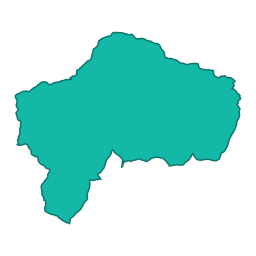 outline of Pisba, Boyacá, Colombia
{"feature_id": "7082276B47787329077767", "entity_name": "Pisba", "entity_type": "district", "adm_level": 2, "iso_a3": "COL", "parent_name": "Colombia", "parent_adm1": "Boyacá", "projection": "orthographic", "projection_center": [-72.451, 5.73], "detail": "fine", "context": "isolated", "style": "filled", "palette": "teal", "viewbox_px": 256, "rotation_deg": 0, "n_neighbors": 0, "source": "geoboundaries", "source_scale": "gbopen_adm2", "svg_char_len": 5677}
<svg xmlns="http://www.w3.org/2000/svg" viewBox="0 0 256 256"><path d="M69.5,223.5L70.3,219.1L70.8,218.1L74.1,215.8L75.1,213.8L78.4,211.4L80.7,209.3L84.3,202.6L86.9,199.9L87.2,198.5L87.3,197.2L87.1,194.3L89.7,186.7L89.8,184.9L89.6,180.0L90.0,179.7L90.7,179.8L91.6,180.3L92.5,180.0L93.4,180.6L94.7,180.2L96.0,179.6L96.5,179.7L97.0,179.4L98.7,179.6L99.1,179.3L99.2,179.0L99.6,178.8L100.7,179.1L100.4,178.4L99.6,177.6L99.2,176.7L97.9,175.4L97.6,174.7L97.7,174.4L98.1,173.8L98.8,173.5L100.6,172.3L101.8,170.9L102.7,169.3L104.0,168.0L104.6,165.9L105.2,164.6L105.4,162.8L105.6,162.4L106.2,161.8L106.4,160.3L106.8,159.4L107.8,158.3L108.3,158.1L109.0,156.8L110.1,155.7L110.5,154.5L111.2,153.8L111.4,151.4L111.7,150.9L112.4,150.2L112.6,149.8L114.0,151.4L114.1,152.1L114.9,152.6L115.6,153.3L119.0,155.7L122.2,159.0L123.0,160.1L123.0,160.3L122.4,161.1L122.5,161.6L122.3,162.1L122.6,162.8L122.0,164.7L122.2,165.9L121.6,166.5L121.7,167.1L122.3,166.7L122.4,166.3L122.7,166.0L122.7,164.5L123.1,164.1L123.3,163.5L124.1,162.6L124.1,161.6L124.3,161.3L125.8,161.6L128.1,160.7L128.6,160.7L129.9,160.8L130.6,161.4L131.1,160.9L132.5,160.8L133.9,160.1L135.1,160.1L136.2,159.8L138.1,159.0L139.1,159.1L140.2,158.9L141.4,159.6L141.8,160.1L142.4,160.1L143.0,160.4L144.1,160.4L145.0,160.8L145.8,161.5L146.0,161.5L147.4,161.1L148.5,160.5L150.0,159.5L151.4,158.3L154.5,157.5L157.4,157.2L161.3,157.9L163.6,158.9L165.6,160.7L166.5,161.7L169.3,165.5L169.5,166.1L170.6,165.7L173.1,165.4L174.8,165.0L177.2,164.8L179.8,165.1L182.8,165.0L183.9,164.4L184.8,162.7L185.5,162.1L187.0,161.3L188.9,159.8L191.0,156.7L192.1,154.5L193.0,153.6L194.0,155.6L195.8,158.2L196.6,159.2L198.3,160.0L202.1,160.2L203.2,159.7L205.3,159.4L207.5,159.3L210.0,159.6L211.8,160.3L214.8,160.8L216.4,160.6L218.7,159.4L219.7,158.1L220.2,156.8L220.7,155.3L220.8,153.7L221.6,153.0L223.5,152.1L224.7,151.0L226.6,147.3L227.8,145.3L229.0,140.3L230.5,136.9L234.3,130.4L234.8,129.1L235.2,128.7L236.6,124.7L236.6,122.3L236.9,121.4L238.6,118.6L239.6,116.0L239.1,110.8L239.9,109.2L239.9,108.5L239.5,108.2L238.3,106.3L238.1,105.7L237.4,105.5L237.1,104.3L237.6,103.6L237.6,103.3L238.1,103.1L238.3,102.8L238.3,102.2L238.2,101.9L237.9,101.7L237.9,101.4L238.3,100.8L239.4,99.9L240.0,99.6L240.2,98.7L240.6,98.3L240.1,97.7L239.6,97.4L239.6,96.3L240.0,95.9L239.9,95.4L239.3,94.6L238.5,94.4L238.2,93.8L237.5,93.6L236.4,91.5L235.6,90.8L235.0,90.5L233.8,89.1L233.3,89.3L232.9,89.1L232.4,89.1L232.2,89.0L231.9,88.3L232.1,87.9L232.8,87.7L232.8,86.9L233.0,86.6L233.6,86.6L234.0,86.1L234.0,84.8L233.3,84.0L233.4,83.5L233.2,82.7L233.9,82.4L234.5,81.5L235.1,81.1L233.5,79.6L232.2,78.9L231.8,78.3L231.0,78.0L230.8,77.7L227.2,77.5L226.4,77.1L224.9,75.8L224.0,75.9L223.6,76.3L221.8,76.2L220.5,76.4L219.0,77.9L218.1,77.9L216.3,76.8L215.3,76.4L214.8,76.0L213.4,73.9L213.5,71.1L213.4,70.8L213.0,70.4L212.4,70.2L211.1,70.5L209.0,69.6L207.8,69.9L206.3,70.0L204.4,69.4L202.8,69.4L200.0,68.4L198.8,67.0L198.2,64.3L198.0,63.9L197.6,63.6L195.4,63.4L193.2,63.5L190.1,63.9L187.4,64.5L185.5,64.3L183.5,63.3L180.2,63.0L178.8,61.8L176.6,60.3L173.3,59.4L172.1,58.6L168.1,58.4L166.8,57.8L165.6,57.7L164.9,56.6L164.6,55.3L164.5,53.1L163.8,51.7L161.0,48.5L160.1,45.9L158.2,43.8L155.1,43.5L153.8,43.0L150.4,41.1L148.9,41.0L147.4,40.7L143.9,38.8L142.6,38.5L140.3,38.5L138.7,38.9L137.8,38.8L137.2,38.6L136.8,38.6L136.6,38.9L136.3,38.9L135.5,38.3L134.0,36.4L132.7,35.3L132.3,34.6L131.9,34.4L130.5,34.4L129.3,34.7L127.9,34.8L126.4,33.7L124.8,33.8L123.1,33.0L119.6,32.6L115.4,32.5L114.4,32.7L113.3,32.5L112.4,33.1L111.8,33.9L110.8,35.6L110.0,36.0L107.4,36.4L106.0,36.9L102.6,38.3L101.2,39.1L98.6,41.2L98.3,42.3L98.4,43.7L97.3,46.0L96.2,47.2L94.9,48.2L93.8,48.9L93.2,49.5L92.8,52.9L91.8,55.2L91.5,57.9L90.7,59.3L89.3,60.4L87.2,61.2L86.7,62.1L86.1,62.4L84.8,63.9L83.6,64.7L83.3,65.5L82.3,66.0L81.7,67.1L80.2,67.7L79.4,69.1L78.4,69.8L77.4,69.9L76.6,71.1L76.7,71.8L76.6,72.2L77.0,72.9L76.7,73.4L76.7,74.1L76.4,74.5L75.1,75.6L74.8,76.1L74.1,76.2L72.9,76.0L72.6,76.1L72.2,76.6L70.0,78.0L70.2,78.6L71.3,79.2L71.3,79.3L69.9,79.6L66.0,79.6L63.2,80.6L61.0,80.9L60.5,81.7L59.7,81.6L58.8,82.0L57.5,82.0L55.9,82.3L55.3,82.8L54.5,82.6L54.1,83.1L53.3,83.0L52.5,83.7L51.1,84.4L49.0,84.6L48.4,84.5L47.7,83.2L46.4,82.1L45.3,82.2L44.9,81.8L44.4,82.1L43.7,81.8L42.2,82.0L41.4,82.6L40.3,82.9L40.1,83.1L40.0,84.0L38.6,84.3L37.7,85.1L37.1,86.0L36.2,86.7L33.2,88.1L31.5,89.7L30.6,90.3L29.4,91.7L29.0,91.8L26.6,91.1L24.0,91.3L22.0,91.8L20.0,93.2L17.6,93.8L15.4,95.4L15.5,97.4L15.7,98.1L16.7,99.3L17.1,100.9L16.8,103.3L16.2,105.1L16.2,105.7L16.7,106.8L18.0,108.7L18.0,110.6L17.5,111.2L16.3,112.2L16.0,113.0L16.1,113.7L17.2,116.7L17.4,118.6L18.6,120.3L19.0,120.6L20.4,120.9L20.8,122.6L20.7,123.8L20.4,125.7L20.6,126.8L20.5,127.2L19.9,128.3L19.8,129.1L19.9,131.5L19.8,133.0L19.3,135.4L18.4,136.6L18.6,138.1L17.8,139.3L17.7,140.0L17.7,140.6L18.3,142.4L18.3,143.0L17.2,144.7L19.7,145.3L22.5,144.9L25.4,143.7L25.7,143.8L25.8,144.1L26.8,144.3L27.4,144.7L28.2,146.6L29.0,147.7L29.7,148.9L30.8,149.8L31.1,151.3L31.1,152.8L31.7,154.5L32.1,154.8L34.3,155.7L34.6,156.4L36.0,156.7L36.7,156.6L37.1,156.7L37.7,157.4L37.9,157.9L38.3,160.9L39.7,163.1L41.8,164.7L44.7,166.1L45.5,167.8L48.1,168.9L48.7,168.9L49.8,169.6L49.9,169.8L49.7,170.9L48.5,173.2L47.8,174.3L47.7,176.9L47.3,177.8L46.7,178.7L45.1,180.1L44.1,182.0L43.5,182.9L42.1,184.2L41.2,186.5L41.7,191.0L42.3,191.7L41.9,193.1L42.0,194.8L42.5,195.7L43.6,197.2L43.9,200.1L44.1,200.4L45.7,200.9L45.9,201.9L45.7,204.6L44.7,208.2L45.1,211.1L45.5,211.6L46.3,211.9L50.8,214.2L52.3,214.6L54.4,214.8L55.3,215.5L57.1,215.8L57.7,216.2L58.6,217.6L59.0,218.0L60.7,218.9L62.7,220.6L64.1,221.2L65.8,222.4L67.3,222.8L68.4,222.9L69.5,223.5Z" fill="#14b8a6" stroke="#0f766e" stroke-width="1.5"/></svg>